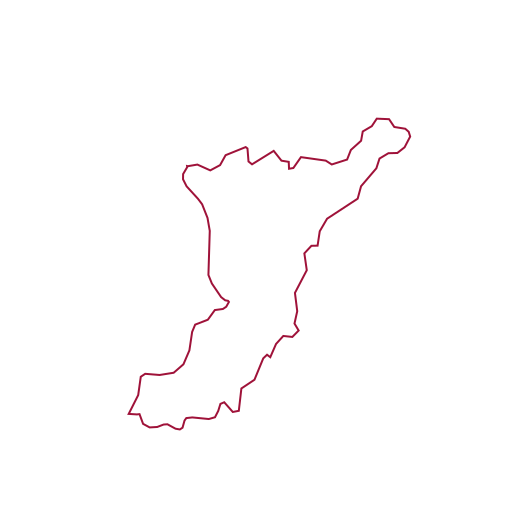 an SVG outline of Strabane, rotated 323°
{"feature_id": "GBR-2135", "entity_name": "Strabane", "entity_type": "District", "adm_level": 1, "iso_a3": "GBR", "parent_name": "United Kingdom", "parent_adm1": "", "projection": "orthographic", "projection_center": [-7.446, 54.773], "detail": "fine", "context": "isolated", "style": "outline", "palette": "rose", "viewbox_px": 512, "rotation_deg": 323, "n_neighbors": 0, "source": "natural_earth", "source_scale": "10m", "svg_char_len": 1387}
<svg xmlns="http://www.w3.org/2000/svg" viewBox="0 0 512 512"><g transform="rotate(323 256 256)"><path d="M201.7,278.6L206.7,276.4L206.7,275.0L204.7,272.8L203.4,267.8L204.2,251.4L206.6,242.5L234.2,208.1L240.2,196.4L244.1,182.3L244.1,175.4L242.5,158.6L243.9,150.8L247.1,146.7L254.6,143.6L255.1,142.7L255.5,143.2L264.2,147.7L271.0,160.1L282.0,161.8L292.4,157.2L313.3,162.8L313.9,165.0L306.9,176.0L308.0,180.4L333.4,182.7L333.7,195.2L338.8,200.5L334.9,206.2L338.8,208.2L351.4,204.1L369.1,221.8L371.6,228.5L386.8,233.8L395.6,228.4L409.3,227.2L416.2,220.8L426.6,222.0L435.1,219.0L444.6,226.8L444.1,236.2L451.8,244.2L452.7,248.7L451.0,253.4L440.1,258.6L430.9,258.8L423.6,253.6L413.3,252.5L404.9,258.4L381.9,263.5L371.7,271.4L335.2,269.0L321.8,274.6L311.4,284.8L306.4,281.2L296.2,283.0L288.0,297.9L264.9,308.9L255.7,324.9L246.1,333.1L245.2,341.2L236.3,342.5L229.7,336.3L219.1,338.3L206.5,345.4L205.4,341.5L200.2,342.1L180.3,353.9L164.6,353.0L149.1,369.3L143.6,366.6L142.6,353.7L138.6,352.7L132.6,357.0L126.2,360.1L120.2,357.8L108.0,346.6L102.8,343.5L99.9,344.4L94.0,348.9L90.8,348.7L87.8,345.5L84.0,337.1L80.8,335.0L74.2,333.1L67.9,328.9L64.8,322.1L67.8,312.2L65.5,310.8L59.3,305.5L78.2,296.2L91.3,283.1L96.6,283.4L107.4,293.0L120.0,299.7L132.9,298.8L146.0,291.3L159.3,278.2L166.1,274.2L179.2,277.9L190.6,274.4L197.7,278.4L201.7,278.6Z" fill="none" stroke="#9f1239" stroke-width="2"/></g></svg>